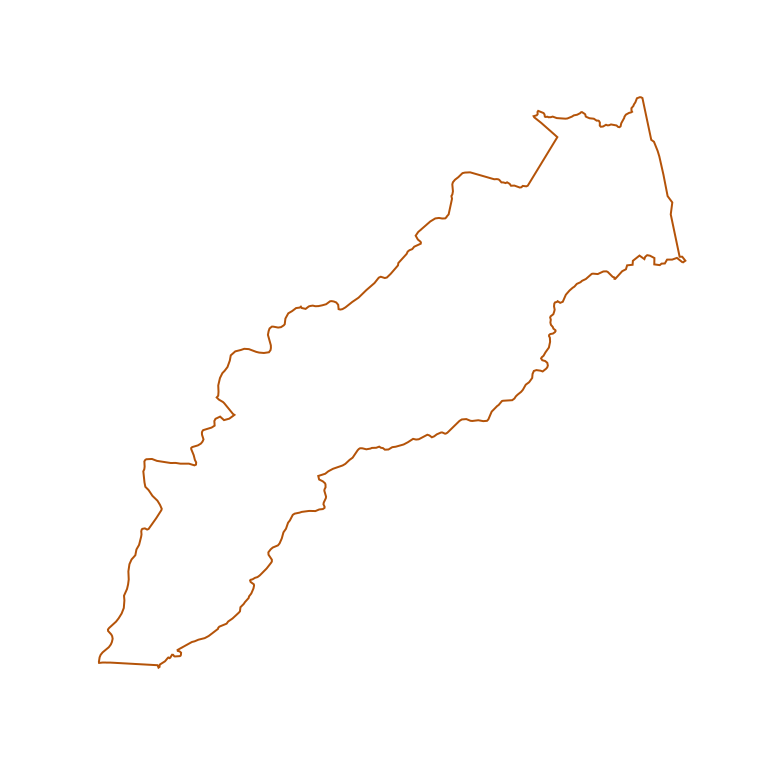 Chivi, Masvingo, Zimbabwe, rotated 84°
{"feature_id": "62879985B12004776276546", "entity_name": "Chivi", "entity_type": "district", "adm_level": 2, "iso_a3": "ZWE", "parent_name": "Zimbabwe", "parent_adm1": "Masvingo", "projection": "mercator", "projection_center": [30.666, -20.5], "detail": "fine", "context": "isolated", "style": "outline", "palette": "amber", "viewbox_px": 768, "rotation_deg": 84, "n_neighbors": 0, "source": "geoboundaries", "source_scale": "gbopen_adm2", "svg_char_len": 6143}
<svg xmlns="http://www.w3.org/2000/svg" viewBox="0 0 768 768"><g transform="rotate(84 384 384)"><path d="M642.5,637.9L641.9,636.8L640.4,636.6L639.5,636.1L636.9,630.8L633.6,627.4L633.5,626.8L634.2,626.1L633.9,625.2L631.1,623.1L631.3,622.0L632.8,621.1L633.1,620.5L633.3,615.5L633.0,614.8L632.2,614.3L630.0,613.9L628.6,615.2L627.9,617.0L626.9,617.1L620.5,602.0L620.1,599.2L618.9,595.3L618.0,588.9L616.3,584.7L610.2,574.7L609.1,574.3L608.1,573.1L605.9,565.6L603.9,563.8L601.4,559.2L596.0,552.0L595.0,551.0L591.0,550.1L588.1,546.5L586.4,545.1L582.7,541.0L581.1,540.4L578.5,537.9L573.7,535.2L570.9,534.3L569.6,534.4L567.0,537.3L565.4,537.7L564.8,537.2L564.5,535.1L563.3,532.6L562.8,530.0L561.4,527.6L555.2,520.0L549.7,514.7L548.8,514.1L547.0,513.9L541.7,516.7L539.3,516.6L536.6,514.0L535.0,511.7L533.4,506.3L531.6,504.5L526.9,501.8L521.0,499.5L517.7,496.6L511.9,493.9L509.9,491.9L504.6,488.4L503.6,486.4L503.1,481.4L502.6,479.2L502.4,471.6L503.2,465.5L502.0,461.5L502.0,457.9L501.0,456.1L499.9,455.9L497.3,456.8L495.6,456.3L491.5,453.8L490.0,453.4L483.9,454.5L482.6,454.2L480.6,452.9L477.8,452.7L476.6,453.0L474.4,455.0L472.2,458.5L468.6,459.0L467.1,451.8L465.0,448.5L463.0,443.6L460.7,433.7L459.4,430.8L455.9,426.2L454.0,422.9L447.1,417.1L446.0,415.8L445.4,414.5L445.7,412.2L447.1,408.4L446.8,404.2L446.3,402.8L446.6,398.4L445.8,395.3L447.1,393.7L447.6,391.8L449.4,390.0L449.6,386.4L447.7,382.4L447.6,378.9L446.2,370.8L444.4,366.3L441.6,360.8L442.6,357.9L442.6,355.2L439.0,346.2L439.9,344.2L442.0,342.0L441.3,339.6L439.6,336.8L438.2,332.4L438.3,331.1L439.8,328.5L439.8,327.8L439.1,326.1L428.6,312.8L427.4,310.3L427.5,305.8L429.6,301.9L430.0,300.1L429.9,294.0L431.3,289.2L431.4,285.4L430.1,283.9L422.7,279.8L417.7,273.7L416.9,272.2L413.3,268.5L413.1,267.4L413.5,258.2L412.1,255.8L410.1,254.2L408.6,252.3L406.1,248.4L404.3,246.5L399.5,243.1L397.4,239.5L393.5,236.0L389.5,235.2L386.7,233.6L386.1,231.0L387.1,227.0L388.1,224.9L385.7,221.1L384.5,219.9L382.7,219.1L380.0,219.4L378.0,221.3L376.9,224.1L375.0,225.1L373.9,224.3L372.6,222.4L369.5,220.2L365.0,216.2L359.4,214.4L355.3,214.2L353.5,214.9L352.5,214.6L351.7,213.4L351.5,210.7L350.3,208.6L349.2,207.8L348.4,207.9L346.7,209.7L344.9,210.2L342.6,211.8L340.3,212.1L337.5,211.4L335.2,211.8L334.1,211.2L332.3,208.3L329.6,207.1L327.9,206.5L324.5,206.8L321.8,206.2L320.7,205.3L320.5,203.5L319.8,202.7L321.7,200.3L320.9,197.6L314.2,193.8L310.4,189.7L308.0,186.3L307.1,184.5L304.6,181.8L303.3,177.9L302.1,176.3L300.7,172.3L296.2,165.9L296.1,164.6L297.0,159.9L295.0,154.1L295.2,151.1L295.9,149.8L301.3,145.4L302.1,143.8L303.5,143.8L303.6,143.0L296.7,135.3L295.2,131.4L291.4,129.8L291.4,124.3L287.5,123.6L283.0,116.5L287.0,112.0L284.8,110.9L283.4,108.8L284.2,106.1L287.0,101.9L293.3,102.7L294.6,97.3L293.3,95.4L293.5,92.1L289.9,89.5L290.4,84.4L289.2,79.5L294.4,74.2L294.6,74.5L292.9,71.4L288.6,74.1L288.3,76.7L245.3,81.1L233.6,78.3L226.8,82.3L205.2,84.2L186.5,86.4L180.8,87.5L171.3,90.2L169.1,92.7L126.6,97.1L125.7,98.5L125.5,99.6L126.3,102.6L130.2,104.6L132.2,106.3L133.4,106.8L135.6,109.1L137.9,109.3L139.2,108.8L139.7,109.9L140.0,112.0L141.4,115.3L143.3,116.9L144.5,117.3L149.5,120.8L152.5,121.8L153.2,123.0L152.8,124.3L151.2,125.7L149.6,131.1L150.2,133.3L150.1,134.8L149.4,136.1L150.8,139.2L150.8,141.5L149.6,142.4L146.5,142.0L144.8,142.8L144.4,143.5L144.3,145.0L142.1,147.6L141.2,151.8L140.0,154.0L139.1,155.4L136.9,155.7L136.3,156.2L134.3,158.7L134.3,159.5L135.2,160.7L136.4,163.8L136.7,167.2L137.7,169.1L139.1,173.9L139.1,175.8L137.6,184.4L135.7,188.3L136.1,190.3L135.9,192.5L135.3,193.4L135.3,195.4L134.9,196.1L132.7,196.2L131.2,197.0L128.5,202.1L129.5,202.9L131.7,203.0L132.7,204.0L133.3,207.2L134.5,206.7L140.8,200.3L156.6,185.8L201.8,220.3L202.3,221.8L201.5,225.3L202.7,226.8L202.8,228.4L200.3,233.6L200.1,237.0L198.1,238.1L196.3,240.5L196.9,242.0L196.0,244.3L195.8,246.1L193.2,247.9L192.5,248.7L192.0,250.4L191.9,253.0L182.5,276.2L182.2,281.5L182.5,283.9L186.1,288.5L188.3,292.1L190.6,294.4L192.6,295.2L199.6,295.3L202.6,296.2L204.1,297.3L206.9,297.0L222.1,302.0L224.2,304.3L224.8,304.5L225.7,305.9L225.5,308.8L224.6,312.0L224.7,315.7L227.2,321.0L236.4,334.1L239.8,337.0L243.9,335.2L246.1,333.0L247.0,332.5L248.3,332.8L250.6,339.6L252.8,341.8L253.6,344.7L254.8,346.6L257.0,347.9L265.2,357.1L267.5,357.7L275.1,365.8L278.4,370.0L278.7,372.1L277.0,376.0L277.7,378.1L282.6,382.9L288.8,391.8L295.5,400.3L299.1,407.0L303.8,414.4L305.2,417.5L305.4,419.7L304.8,421.3L300.4,421.3L297.9,423.0L296.7,425.3L296.1,427.4L296.1,429.0L298.6,433.2L299.3,437.3L299.7,441.4L299.4,444.4L298.6,446.6L298.7,449.2L299.0,450.7L301.1,454.1L299.8,457.9L298.4,458.6L299.2,459.8L299.3,463.5L301.9,467.8L303.7,471.8L308.6,475.2L314.2,476.5L315.2,477.6L316.7,480.5L316.8,483.4L315.4,488.0L315.2,489.5L316.8,492.0L319.3,493.2L323.0,494.3L333.7,492.5L336.3,492.7L338.4,493.3L340.4,495.1L340.6,500.2L339.7,504.9L338.7,507.7L335.2,514.7L334.4,519.3L335.2,522.8L336.0,528.5L339.5,533.4L344.6,534.9L350.8,537.9L354.2,541.1L356.3,543.6L360.9,546.5L368.1,549.0L374.5,549.4L378.3,550.1L379.9,551.8L382.3,549.8L385.1,546.0L386.4,544.9L397.9,537.4L399.1,536.0L402.3,541.5L403.2,546.9L399.3,550.4L401.0,555.2L403.1,556.6L407.7,556.8L409.3,560.0L411.0,568.7L412.3,569.8L413.5,570.2L415.4,570.3L420.2,569.3L422.3,570.5L424.1,572.3L425.6,575.5L426.7,581.4L427.6,582.5L428.7,582.5L434.9,580.7L439.8,580.0L442.3,579.0L444.5,579.4L445.1,581.0L442.8,586.4L442.0,594.6L440.7,599.5L440.3,604.3L436.7,617.9L434.3,622.6L434.0,628.2L434.5,629.3L435.9,630.4L441.2,630.7L443.7,631.3L445.7,632.5L456.8,632.5L461.3,632.1L464.9,629.2L471.0,626.0L476.4,621.5L480.8,619.4L484.9,618.1L486.2,618.6L493.7,624.6L503.6,633.3L504.0,634.8L502.6,636.9L502.8,639.5L503.5,640.2L505.1,640.8L508.3,640.9L510.5,641.5L518.4,644.4L522.7,647.5L528.3,649.2L532.1,653.4L536.6,656.0L543.6,657.8L551.7,658.3L556.7,659.5L561.0,661.0L567.4,664.7L572.1,664.8L579.6,666.2L584.8,668.9L589.3,672.4L592.3,675.3L597.9,682.9L599.3,684.2L600.8,684.2L604.6,681.4L606.4,680.7L609.0,680.5L612.2,681.6L614.5,682.9L617.0,685.2L621.5,691.9L623.7,694.1L626.1,695.4L630.6,696.6L631.6,696.5L631.6,692.8L632.6,684.4L640.0,638.6L642.5,637.9Z" fill="none" stroke="#b45309" stroke-width="2"/></g></svg>